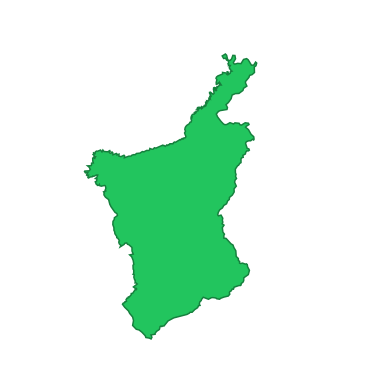 Lebríja, Santander, Colombia (orthographic projection), rotated 43°
{"feature_id": "7082276B58843088778995", "entity_name": "Lebríja", "entity_type": "district", "adm_level": 2, "iso_a3": "COL", "parent_name": "Colombia", "parent_adm1": "Santander", "projection": "orthographic", "projection_center": [-73.316, 7.235], "detail": "fine", "context": "isolated", "style": "filled", "palette": "green", "viewbox_px": 384, "rotation_deg": 43, "n_neighbors": 0, "source": "geoboundaries", "source_scale": "gbopen_adm2", "svg_char_len": 6070}
<svg xmlns="http://www.w3.org/2000/svg" viewBox="0 0 384 384"><g transform="rotate(43 192 192)"><path d="M287.4,210.1L283.7,208.8L281.9,207.4L280.7,207.5L280.2,208.4L277.5,209.5L276.2,211.3L275.3,211.6L274.2,210.3L272.6,210.4L271.2,209.0L268.3,209.0L264.1,205.1L260.6,204.1L258.1,202.8L255.9,203.3L248.6,202.7L246.7,204.0L244.9,202.0L244.5,200.7L242.0,200.3L238.5,197.4L238.0,194.4L235.7,194.7L235.1,193.0L233.5,192.0L232.4,190.2L229.0,189.1L227.6,191.4L226.4,191.2L225.1,188.9L224.4,186.1L225.1,182.9L224.4,180.1L225.3,177.1L224.1,174.1L224.4,172.1L223.1,170.4L223.6,166.7L222.8,163.2L220.6,161.0L220.4,157.5L216.5,155.8L215.4,153.9L215.4,151.8L213.2,150.9L212.2,149.1L210.6,148.3L208.1,145.7L207.4,141.6L207.8,140.8L207.4,138.5L207.8,137.1L205.3,134.4L205.0,133.2L205.8,131.7L204.2,130.5L205.1,127.8L204.2,126.3L204.0,124.7L205.3,123.3L205.4,122.3L204.2,121.7L202.5,122.4L198.2,120.0L197.6,119.1L197.6,117.9L198.5,115.9L200.0,114.5L200.3,112.1L201.6,111.9L201.4,111.1L199.5,109.5L195.8,109.5L190.8,107.9L187.0,108.1L186.8,107.2L187.7,103.8L186.4,103.2L183.7,105.1L182.5,109.4L181.2,110.1L179.6,109.6L176.2,112.2L176.0,113.9L172.5,115.4L171.4,118.9L170.2,120.3L168.7,120.8L165.2,120.6L159.7,119.7L156.6,118.4L156.4,115.1L157.0,113.4L161.3,107.8L160.4,106.1L157.3,104.9L157.6,101.9L157.0,97.1L155.2,93.7L156.6,90.5L159.1,87.9L160.0,83.0L159.0,81.0L159.9,77.1L156.8,75.8L155.8,74.7L155.5,69.4L154.6,67.4L155.9,65.2L156.2,62.0L152.3,58.1L152.7,56.1L151.4,53.6L149.9,53.6L150.6,57.2L149.0,58.7L143.0,57.0L141.0,57.2L139.3,59.9L140.3,64.7L137.6,66.8L136.1,69.3L134.9,69.6L133.9,69.0L133.0,64.9L130.3,62.9L128.7,64.2L130.2,67.7L130.1,69.7L129.2,70.7L127.7,70.8L124.1,68.4L122.3,68.3L121.3,71.9L124.1,72.8L125.3,71.3L127.4,71.9L129.4,71.3L130.9,72.9L130.9,73.8L132.0,73.8L132.5,74.7L133.8,73.4L134.3,75.4L135.5,76.3L136.3,76.0L137.5,76.6L138.8,76.4L138.1,78.0L138.9,79.0L138.3,81.9L137.4,82.2L137.4,80.1L136.2,79.6L135.8,80.1L136.7,80.5L136.6,81.2L132.8,83.7L133.9,84.8L131.7,89.6L131.5,91.2L132.0,92.5L133.6,92.9L134.9,95.3L136.4,96.7L136.8,96.5L136.8,94.1L138.5,94.3L137.6,93.1L140.4,93.8L139.0,95.3L139.4,96.5L138.5,98.0L139.4,98.4L139.3,99.0L137.0,100.4L136.8,101.1L137.5,102.0L138.9,100.2L140.5,100.7L140.5,101.5L139.3,101.7L138.4,102.8L140.8,104.7L140.9,105.8L140.5,106.2L137.4,106.4L136.9,107.2L137.7,107.9L139.0,107.2L138.6,108.2L139.9,109.1L140.6,108.8L140.8,110.1L140.0,109.4L139.8,110.0L141.5,111.2L140.8,111.2L140.3,111.9L141.8,112.7L141.3,113.5L141.7,114.5L140.7,115.1L141.2,115.3L140.8,116.8L141.7,117.0L141.3,117.6L142.0,118.1L142.4,117.2L142.7,118.7L142.1,120.0L143.3,119.7L143.0,121.0L141.9,122.1L142.4,123.3L141.0,123.2L141.9,124.5L140.6,124.4L140.6,125.2L139.9,125.0L139.9,125.6L138.9,125.7L138.5,126.5L138.9,127.4L139.9,127.0L139.5,127.9L140.4,127.4L141.0,128.5L139.9,130.2L140.7,131.0L139.9,131.4L140.6,132.2L139.7,132.6L140.5,133.7L139.4,135.0L139.9,137.1L140.7,137.0L140.5,138.0L141.4,138.0L141.3,139.2L142.8,139.8L143.6,141.4L143.0,142.3L143.4,144.1L142.7,147.1L143.0,149.3L144.1,151.2L145.8,152.0L146.3,153.9L149.7,155.6L150.2,156.7L149.1,158.3L149.5,158.9L149.2,159.6L148.3,159.6L148.1,161.7L147.5,161.8L146.0,167.0L145.1,167.4L144.8,168.6L145.3,169.2L145.1,169.8L142.9,171.8L143.2,172.7L142.5,173.4L142.5,174.5L141.5,174.7L141.3,176.9L140.0,177.0L139.3,177.8L138.7,177.6L135.7,184.5L134.3,185.3L134.4,187.0L133.6,188.0L131.5,188.9L132.2,190.0L132.2,191.0L130.5,192.5L129.4,195.5L128.1,196.3L127.4,199.1L125.1,201.7L125.0,203.5L123.9,204.4L122.9,206.1L122.9,207.4L121.4,208.8L119.2,213.1L118.2,211.6L117.2,211.5L115.9,214.6L114.1,215.6L112.8,214.1L111.9,216.0L111.3,215.4L110.4,215.4L108.8,218.7L107.2,217.3L106.2,217.3L106.3,219.1L105.1,219.6L104.3,219.4L104.4,218.1L103.6,217.8L102.9,220.1L100.0,222.4L98.2,222.1L98.8,224.1L96.5,223.7L95.2,226.5L94.2,227.3L94.0,228.6L94.9,230.0L92.7,230.5L94.5,230.8L94.1,232.0L95.8,232.1L96.3,233.1L97.4,232.0L98.0,233.8L96.4,234.2L96.3,235.0L98.4,237.1L100.0,238.0L98.9,239.4L100.2,241.0L100.2,241.7L97.8,244.1L99.8,244.0L102.2,244.8L102.3,246.7L99.3,249.8L99.4,250.3L101.0,250.7L102.6,248.9L103.3,251.5L104.0,251.5L104.8,250.3L106.0,252.4L106.7,252.4L107.5,250.1L108.6,249.1L108.5,248.1L109.5,247.4L110.6,244.6L111.5,243.9L112.4,246.1L112.2,248.0L113.5,247.2L114.8,249.1L114.3,250.5L116.7,251.6L117.4,251.3L118.3,251.7L119.3,250.6L119.2,249.7L120.0,250.4L121.7,249.6L123.6,246.8L124.4,246.6L126.4,247.9L127.3,250.0L128.2,250.0L127.2,252.2L128.6,252.5L128.8,253.4L129.7,254.2L132.2,254.8L136.2,254.4L140.2,257.0L142.9,258.0L149.6,259.4L151.7,259.0L152.8,259.5L153.5,260.1L152.8,263.8L153.9,265.1L154.2,267.3L156.4,269.9L159.2,271.3L161.1,273.3L162.4,273.7L164.1,275.1L167.2,275.8L168.1,276.7L169.4,276.4L172.2,277.2L172.5,278.5L174.1,279.5L176.3,279.5L176.9,281.1L178.1,276.6L177.8,275.3L179.0,273.8L180.5,274.2L181.8,273.6L185.9,273.5L188.4,276.1L191.4,277.5L189.3,280.5L192.1,280.5L195.7,282.2L198.8,284.6L198.8,285.8L201.6,288.6L202.7,288.9L205.1,291.6L205.0,292.3L206.3,292.0L207.5,293.9L210.0,295.4L210.6,295.2L212.4,297.3L212.8,296.7L214.7,296.6L213.9,301.4L216.1,301.2L217.0,300.4L217.7,300.7L217.8,301.6L217.0,302.0L217.7,306.5L216.8,307.7L217.6,308.5L217.7,311.7L217.0,312.1L217.5,313.6L216.9,313.9L217.2,315.7L218.6,316.6L217.8,318.3L218.2,318.7L217.5,320.3L217.7,321.5L221.4,322.2L226.6,322.3L229.2,323.3L233.8,323.9L236.9,325.9L239.6,330.1L244.8,330.4L247.4,329.0L250.9,328.7L255.8,329.0L257.5,329.9L260.5,327.9L262.3,327.4L261.8,325.6L259.5,324.5L262.0,321.2L261.5,320.8L261.1,318.2L261.9,314.8L260.4,312.1L260.8,311.1L261.7,311.0L262.0,309.9L262.9,309.1L262.4,302.6L264.5,296.5L271.8,285.0L272.7,282.4L272.6,281.3L274.1,279.9L274.2,276.0L275.0,272.8L274.3,270.7L275.2,269.5L273.7,268.9L272.6,266.9L272.8,265.2L272.2,263.9L272.0,261.3L277.2,259.2L278.2,256.2L279.1,255.1L281.6,253.3L282.9,253.2L285.3,251.6L285.5,250.1L287.0,247.1L289.5,243.3L289.3,240.9L288.1,240.3L287.6,239.1L288.1,237.6L287.6,235.5L288.6,234.8L287.7,232.9L290.1,228.4L291.2,227.4L291.3,226.5L290.4,225.4L290.8,223.2L290.3,221.6L288.4,219.4L289.5,214.0L287.4,210.1Z" fill="#22c55e" stroke="#15803d" stroke-width="1.5"/></g></svg>